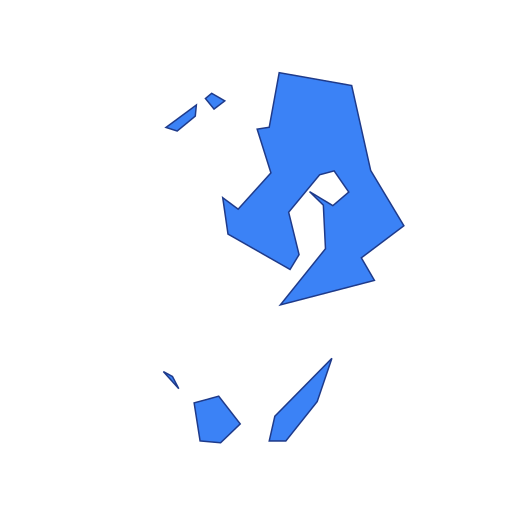 the border of Kagoshima, rotated 20°
{"feature_id": "JPN-3501", "entity_name": "Kagoshima", "entity_type": "Prefecture", "adm_level": 1, "iso_a3": "JPN", "parent_name": "Japan", "parent_adm1": "", "projection": "robinson", "projection_center": [130.414, 30.803], "detail": "coarse", "context": "isolated", "style": "filled", "palette": "blue", "viewbox_px": 512, "rotation_deg": 20, "n_neighbors": 0, "source": "natural_earth", "source_scale": "10m", "svg_char_len": 773}
<svg xmlns="http://www.w3.org/2000/svg" viewBox="0 0 512 512"><g transform="rotate(20 256 256)"><path d="M384.6,177.0L355.6,221.7L375.6,238.4L295.6,293.6L318.8,225.4L301.9,185.2L284.3,177.2L311.0,182.4L321.3,164.2L300.3,149.3L288.0,157.9L271.7,203.7L296.0,240.0L292.6,257.0L222.2,245.0L204.8,212.6L223.2,218.1L241.6,172.8L213.7,136.4L224.4,130.5L215.1,75.8L287.6,63.1L334.5,136.4L384.6,177.0ZM298.6,419.2L286.6,443.6L266.7,448.9L248.1,415.2L268.9,400.5L298.6,419.2ZM362.3,326.2L363.3,371.9L347.3,419.6L331.7,425.3L328.5,400.1L362.3,326.2ZM148.3,134.5L151.1,145.3L139.2,165.5L127.4,166.0L148.3,134.5ZM173.6,120.9L166.3,132.3L154.6,125.3L158.7,118.3L173.6,120.9ZM218.7,397.8L228.8,407.1L208.5,396.3L218.7,397.8Z" fill="#3b82f6" stroke="#1e3a8a" stroke-width="1.5"/></g></svg>